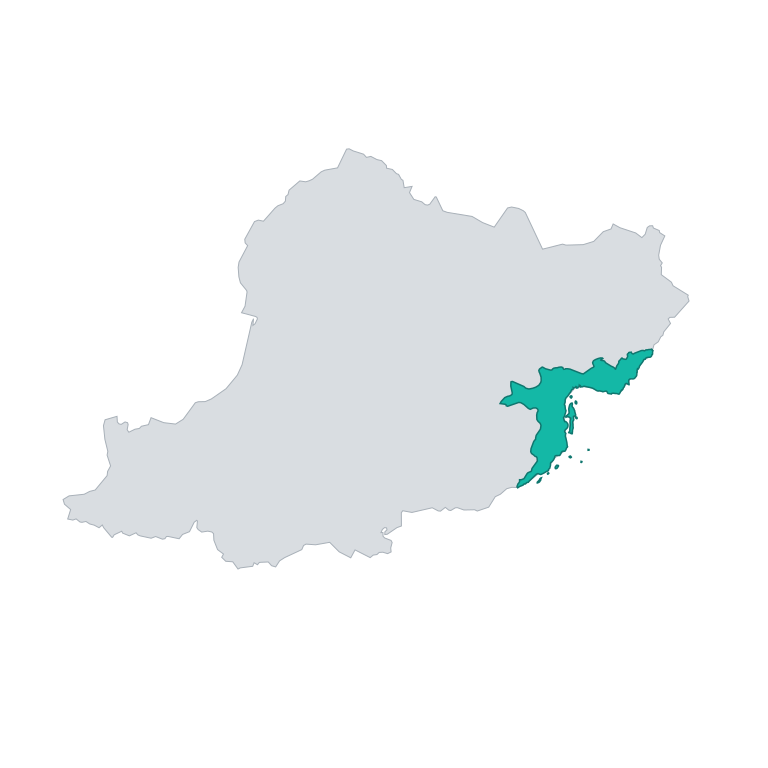 location of Hormozgan within Iran, rotated 296°
{"feature_id": "IRN-3228", "entity_name": "Hormozgan", "entity_type": "Province", "adm_level": 1, "iso_a3": "IRN", "parent_name": "Iran", "parent_adm1": "", "projection": "robinson", "projection_center": [56.023, 27.172], "detail": "fine", "context": "in_parent", "style": "filled", "palette": "teal", "viewbox_px": 768, "rotation_deg": 296, "n_neighbors": 0, "source": "natural_earth", "source_scale": "10m", "svg_char_len": 9784}
<svg xmlns="http://www.w3.org/2000/svg" viewBox="0 0 768 768"><g transform="rotate(296 384 384)"><path d="M385.6,224.7L393.0,225.0L406.6,220.6L407.8,219.6L412.0,210.6L416.7,206.6L424.9,201.8L430.1,200.2L448.6,200.8L450.0,197.3L453.1,195.4L473.2,196.4L476.2,199.2L477.5,204.3L494.2,208.9L497.7,210.5L501.8,214.3L505.1,215.2L509.5,213.5L512.2,214.7L516.6,213.7L529.6,219.3L531.4,225.0L533.8,227.6L536.7,230.0L547.1,234.5L550.2,237.0L557.9,247.5L578.7,247.4L580.1,249.6L580.0,254.2L581.6,264.9L580.0,268.9L582.8,272.4L582.6,279.2L583.7,283.9L581.4,290.4L579.1,291.7L580.5,297.5L578.5,303.0L578.8,305.2L575.5,309.9L575.4,311.7L569.3,316.1L573.9,322.6L567.2,323.0L563.0,329.9L564.3,338.1L563.2,342.3L563.9,344.7L565.6,346.3L574.7,347.9L575.0,349.0L565.5,360.9L566.0,365.6L573.2,389.8L572.3,401.9L573.3,414.3L596.4,417.9L599.0,421.1L600.8,428.0L600.8,433.2L600.1,435.8L574.7,467.4L588.0,483.2L588.6,486.7L596.6,502.0L604.1,510.0L617.0,514.3L622.9,520.1L628.3,519.8L627.9,527.6L630.1,544.0L628.6,551.6L633.1,553.1L640.1,552.0L642.6,553.4L644.0,556.1L642.3,557.7L642.6,564.1L640.9,565.4L640.2,571.5L629.9,571.7L620.2,574.4L616.8,576.7L614.8,581.0L611.6,580.7L610.6,582.3L603.8,585.3L601.5,597.7L599.0,600.7L597.2,618.5L595.6,618.7L592.3,621.8L571.4,615.9L569.2,611.7L567.0,610.9L564.0,615.0L553.5,612.6L550.0,613.3L547.8,612.1L542.1,612.0L537.6,609.5L526.2,611.5L519.3,607.1L511.8,605.9L502.7,605.9L495.3,602.6L491.4,603.9L489.6,601.6L478.5,599.4L474.9,591.4L474.8,587.5L472.0,580.6L471.1,570.6L468.6,563.2L463.9,557.3L451.2,553.7L444.6,555.5L439.7,559.0L431.6,560.9L425.4,567.6L421.8,567.1L406.9,576.2L403.7,576.1L392.7,570.0L387.7,568.9L377.6,569.1L372.2,565.0L370.7,562.0L357.7,555.6L349.6,549.7L347.2,544.2L343.7,540.2L335.9,536.9L331.5,533.4L319.2,532.1L310.7,523.5L310.7,520.6L305.8,511.1L305.0,504.1L303.9,502.3L299.6,499.5L299.0,497.6L300.0,493.2L294.5,490.5L293.7,488.4L293.9,481.6L280.8,465.4L278.3,456.4L275.9,456.0L264.0,461.9L260.6,458.6L250.4,452.8L249.0,450.7L251.6,449.6L254.2,450.6L255.8,449.4L255.2,447.5L252.6,446.3L249.1,446.4L250.0,448.2L246.7,449.9L245.9,452.2L246.5,458.9L245.1,460.8L239.6,461.9L236.2,464.0L233.1,461.6L232.3,456.7L230.5,453.5L227.6,452.4L225.5,449.3L221.9,447.7L222.2,430.7L213.2,430.3L213.5,417.3L217.9,404.6L209.5,393.0L205.9,384.1L203.6,382.5L199.1,382.7L184.4,370.8L179.3,367.7L172.1,366.8L171.4,362.6L173.3,358.0L170.0,351.9L169.0,350.2L166.1,349.5L166.4,345.6L162.6,345.9L155.7,335.4L153.7,333.9L157.9,326.0L155.3,319.5L157.1,314.1L160.8,314.3L162.2,307.0L169.0,299.6L174.8,296.4L175.5,294.1L174.5,290.1L171.0,285.1L171.7,280.8L172.9,278.7L179.0,276.4L179.4,275.5L176.6,274.0L166.0,273.9L160.5,268.9L155.1,267.7L152.3,256.6L151.5,255.3L148.9,254.9L147.4,252.9L146.8,245.6L143.3,242.3L140.6,231.4L140.5,228.8L141.6,226.4L135.9,221.7L135.4,214.5L136.7,212.8L130.2,207.6L127.2,207.3L126.9,206.4L131.9,195.2L133.8,192.6L129.9,190.9L130.1,185.4L129.2,180.8L129.8,176.4L127.3,173.2L126.7,171.3L127.8,166.4L125.3,164.0L124.0,158.9L133.8,157.4L135.9,149.5L139.5,146.2L145.4,150.0L153.5,162.9L158.5,166.6L162.1,170.9L180.3,175.3L184.3,173.9L190.5,174.2L198.7,166.3L202.4,165.3L211.9,157.4L223.6,150.1L229.6,149.0L237.9,158.2L232.9,161.0L232.0,163.3L232.5,165.5L236.4,167.9L236.8,170.5L235.4,171.8L230.3,173.2L228.8,175.8L234.2,180.0L236.8,183.6L239.7,184.5L244.2,190.1L251.6,189.4L252.7,203.0L256.6,214.2L264.3,219.0L284.4,222.6L286.6,224.8L289.8,231.0L294.9,235.4L310.5,244.1L327.7,248.3L339.1,248.0L381.6,238.1L385.5,238.1L379.2,240.5L381.6,241.7L387.0,241.7L388.2,240.7L388.4,239.0L385.6,224.7ZM446.6,562.7L444.0,566.6L440.1,569.9L437.1,568.9L425.3,573.7L422.2,573.4L421.8,571.9L434.8,566.3L435.4,564.8L434.6,561.9L438.8,563.1L443.4,560.7L447.3,560.1L449.1,561.7L446.6,562.7Z" fill="#d9dde1" stroke="#a8b0b8" stroke-width="1"/><path d="M531.9,611.1L530.4,611.4L528.8,612.2L528.2,612.3L527.6,611.9L526.8,612.2L525.6,612.0L524.8,611.5L523.5,609.3L522.8,608.4L521.7,607.9L520.7,607.9L520.1,606.9L519.7,606.8L517.3,606.8L512.3,605.8L510.5,606.1L509.1,606.0L508.5,605.7L508.7,605.2L507.0,605.5L506.0,606.2L505.6,606.4L505.2,606.1L504.3,606.7L504.1,606.7L502.8,607.3L501.8,607.4L500.9,607.2L499.1,606.8L498.4,606.4L497.7,605.6L496.9,603.7L496.0,602.6L495.0,602.3L493.8,602.6L492.7,603.3L491.1,604.5L490.7,604.5L490.8,603.0L491.0,602.4L490.7,601.4L490.2,601.0L489.0,600.8L486.8,601.2L485.5,600.8L484.4,601.0L483.7,601.0L481.8,600.3L482.0,600.1L478.3,599.9L477.9,599.6L477.7,599.1L477.5,597.5L476.8,595.9L476.2,594.0L475.3,592.8L474.7,592.8L473.8,589.9L473.7,589.6L473.9,588.9L474.8,587.9L475.1,587.2L474.7,586.2L472.9,584.1L473.0,583.2L472.8,583.0L472.4,580.8L472.1,580.2L471.6,579.7L471.4,579.1L471.3,578.1L471.7,574.1L471.6,572.5L469.8,565.0L469.4,564.4L468.5,563.6L468.1,563.1L468.2,562.5L467.0,561.6L467.4,561.7L468.4,561.2L468.1,561.0L468.1,560.7L468.4,560.1L467.2,560.5L466.1,559.6L465.5,559.9L465.4,559.8L465.3,559.2L465.0,559.3L464.8,559.1L464.8,558.9L465.9,557.9L465.9,557.6L465.1,557.5L464.4,557.1L464.0,556.4L463.8,555.6L463.5,556.0L463.1,556.1L462.4,556.1L461.9,556.0L461.5,555.3L461.2,555.2L458.3,555.2L457.7,555.0L456.8,554.8L453.5,554.4L452.0,553.8L451.1,553.6L449.4,553.7L448.6,554.0L447.3,554.7L444.8,555.0L444.1,555.6L443.9,556.1L441.0,558.0L439.7,559.3L437.0,559.9L435.8,559.9L434.8,560.3L433.8,560.3L432.6,560.1L432.1,560.3L430.5,561.7L429.0,563.4L429.8,563.0L429.9,563.8L429.7,564.7L429.0,566.3L428.1,567.2L427.0,567.7L425.9,568.0L424.6,567.9L422.4,567.1L421.1,566.9L420.1,567.4L419.3,569.1L418.1,569.3L416.5,569.9L414.6,571.6L411.6,574.0L408.6,575.9L408.1,576.5L407.8,576.5L406.6,576.1L404.2,576.3L403.0,576.1L402.5,575.4L402.2,574.5L401.4,573.7L400.1,573.4L397.6,573.5L396.6,573.0L395.2,570.1L394.4,569.4L393.8,569.3L392.7,569.6L390.0,569.6L387.3,568.9L386.8,568.4L386.3,568.3L385.7,568.4L383.9,569.3L381.4,569.8L380.8,569.9L379.6,569.4L378.9,569.4L378.3,569.8L377.9,569.6L376.5,568.3L374.4,567.0L371.7,564.9L371.3,564.4L371.2,563.8L371.1,562.2L370.9,561.6L370.4,561.0L369.5,560.4L360.1,557.0L358.9,556.8L357.9,555.4L356.3,555.0L356.0,554.6L355.8,553.9L355.2,553.6L353.9,553.2L351.7,551.1L350.7,550.4L349.3,549.7L349.9,548.6L350.6,548.4L353.1,548.2L354.5,548.6L355.8,548.6L357.4,547.8L358.1,549.3L360.2,551.3L366.3,551.9L367.4,552.3L369.7,554.3L370.1,554.5L370.6,554.6L372.7,554.1L373.4,554.1L381.9,555.6L384.7,554.0L385.5,552.8L385.2,551.8L385.2,551.5L385.8,549.7L386.2,547.1L387.4,545.6L390.3,544.5L397.7,543.8L399.4,544.0L400.7,544.5L402.1,543.9L404.6,543.3L412.0,544.4L415.5,543.3L417.1,541.7L418.0,538.8L419.1,537.0L422.9,534.9L425.4,534.2L427.0,534.3L427.8,534.0L428.5,533.5L428.9,532.7L429.1,530.9L427.8,528.6L425.4,526.6L425.3,525.6L425.4,524.2L426.9,518.9L427.2,515.3L426.5,513.2L418.2,504.9L418.0,503.4L418.9,502.7L418.9,501.8L417.3,496.9L419.7,497.0L424.7,498.5L427.1,500.5L428.3,502.1L429.5,503.0L430.8,503.6L432.2,503.2L437.7,498.9L441.0,497.4L441.8,497.2L442.6,498.4L443.1,510.8L442.4,513.2L443.0,516.4L445.5,519.7L447.8,521.9L450.7,523.7L454.0,524.2L455.7,523.9L459.0,522.2L462.0,519.3L462.8,518.2L464.1,517.2L465.6,517.2L468.5,518.7L468.7,519.2L468.5,522.5L469.5,527.6L469.9,528.3L470.4,528.8L471.3,528.9L472.7,529.7L473.8,531.2L474.5,532.5L475.8,533.9L477.0,535.9L477.2,537.5L476.4,538.2L476.0,539.2L476.6,540.1L477.3,540.5L478.1,542.1L478.9,544.6L479.9,556.8L480.4,558.7L489.0,563.4L490.9,564.9L491.7,565.1L493.0,563.9L493.7,562.9L494.8,562.1L496.7,562.1L498.6,563.3L500.7,565.2L502.3,567.1L503.1,568.9L502.9,569.5L501.1,568.4L500.5,568.4L500.5,569.1L501.2,571.1L501.2,572.0L501.1,572.5L500.6,573.2L500.2,574.2L499.6,580.5L499.7,582.4L499.4,584.2L498.9,584.9L498.9,585.6L502.6,585.3L504.9,585.7L506.4,585.6L507.3,585.1L508.3,585.3L509.4,585.8L511.1,586.1L511.7,586.5L511.4,587.4L511.4,588.1L511.7,588.8L511.8,589.8L512.3,590.7L513.4,590.9L514.8,591.0L516.0,590.8L516.8,589.9L517.6,589.7L518.7,590.2L519.5,590.2L519.9,590.5L521.0,592.3L520.7,592.5L520.2,593.3L520.1,594.3L520.2,594.9L521.5,595.7L526.9,600.7L527.8,602.2L527.9,603.4L528.5,604.0L529.4,604.4L529.8,605.0L530.0,605.6L530.9,606.6L531.9,608.4L532.1,608.7L532.6,609.0L532.5,610.0L531.8,610.3L531.9,611.1ZM447.2,560.1L448.5,560.5L449.1,561.0L449.3,561.6L448.4,562.2L446.7,562.6L446.1,563.2L445.2,565.2L444.0,566.4L443.6,567.1L442.5,567.7L440.7,569.5L439.9,570.0L439.2,569.7L437.9,568.5L436.1,569.5L435.0,570.3L433.2,570.1L432.6,570.2L432.0,570.5L430.5,571.6L429.0,572.3L427.5,573.3L425.8,573.5L424.6,573.9L423.8,574.3L423.0,574.2L422.8,574.7L422.5,574.8L421.9,575.0L421.6,574.8L421.4,573.7L421.6,572.7L421.2,571.5L421.5,571.2L422.8,571.7L423.1,571.5L423.4,571.6L424.8,570.8L429.5,569.2L431.4,567.9L433.2,567.2L434.3,567.2L435.1,566.8L434.9,566.3L435.3,565.8L435.4,565.2L435.3,563.8L435.1,563.2L433.9,562.1L434.6,561.7L438.5,563.2L439.6,562.9L442.5,561.0L446.2,560.1L447.2,560.1ZM386.8,576.8L384.5,576.6L383.6,576.2L383.1,575.2L383.4,574.8L383.8,574.5L384.3,574.3L386.3,574.6L386.7,574.8L386.8,575.5L387.2,575.8L387.2,576.2L387.1,576.6L386.8,576.8ZM366.9,566.7L366.4,567.0L364.2,566.7L363.3,566.2L362.2,565.1L362.3,565.0L363.0,564.8L365.4,565.6L367.4,565.7L368.1,566.0L368.7,566.6L366.9,566.7ZM450.3,565.5L450.4,564.7L450.8,564.1L451.5,563.7L452.6,563.6L452.7,564.6L451.9,565.4L450.8,565.8L450.3,565.5ZM454.5,556.7L455.4,557.3L455.5,557.8L455.4,558.2L455.1,558.5L454.3,558.7L453.4,558.4L453.5,557.6L454.0,556.8L454.5,556.7ZM400.1,582.3L400.7,582.8L401.0,583.2L400.4,584.5L400.2,584.5L399.4,584.0L399.3,583.0L399.6,582.3L399.8,582.2L400.1,582.3ZM438.4,570.6L438.6,570.9L438.7,571.7L438.3,572.4L437.7,572.7L437.3,572.5L437.3,571.7L437.7,571.0L438.4,570.6ZM375.8,570.3L376.1,570.4L376.3,570.9L376.0,571.3L375.0,571.0L374.7,570.6L375.0,570.2L375.8,570.3ZM414.7,596.1L415.0,597.0L414.4,597.3L414.2,597.1L413.9,596.5L414.7,596.1ZM400.9,595.0L401.1,595.9L400.8,596.1L400.0,595.8L399.9,595.4L400.9,595.0Z" fill="#14b8a6" stroke="#0f766e" stroke-width="1.5"/></g></svg>